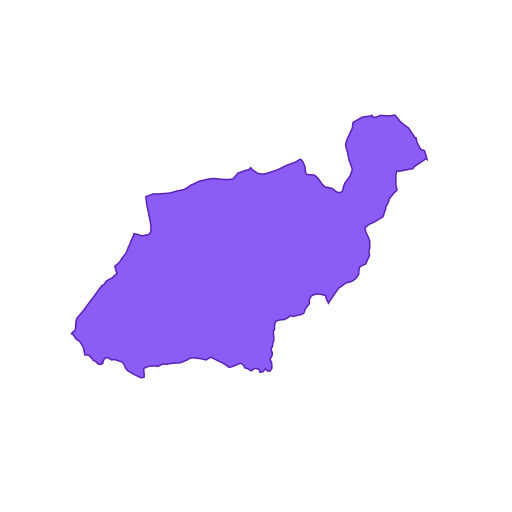 outline of Hulu Sungai Tengah, Kalimantan Selatan, Indonesia, rotated 330°
{"feature_id": "22746128B20472072190374", "entity_name": "Hulu Sungai Tengah", "entity_type": "district", "adm_level": 2, "iso_a3": "IDN", "parent_name": "Indonesia", "parent_adm1": "Kalimantan Selatan", "projection": "natural_earth1", "projection_center": [115.446, -2.611], "detail": "fine", "context": "isolated", "style": "filled", "palette": "violet", "viewbox_px": 512, "rotation_deg": 330, "n_neighbors": 0, "source": "geoboundaries", "source_scale": "gbopen_adm2", "svg_char_len": 5236}
<svg xmlns="http://www.w3.org/2000/svg" viewBox="0 0 512 512"><g transform="rotate(330 256 256)"><path d="M189.8,149.5L190.2,149.7L188.8,152.9L187.4,156.1L186.5,158.8L185.9,160.5L185.7,161.2L184.9,163.5L182.3,171.3L181.2,174.5L180.8,175.5L180.3,176.9L177.7,181.6L176.9,182.3L176.6,182.5L176.3,182.7L174.9,183.4L173.6,183.7L172.9,183.7L172.2,183.8L171.7,182.8L171.2,182.6L170.6,182.5L169.5,182.6L168.7,182.0L168.4,182.0L168.2,181.8L167.4,181.4L166.8,181.0L166.0,180.2L165.7,179.7L164.4,178.3L161.5,175.6L159.7,177.4L157.6,178.8L155.4,180.5L152.9,182.4L151.1,183.8L150.2,184.2L146.9,187.1L143.9,189.1L141.2,189.9L137.7,191.5L135.1,193.0L131.0,193.9L128.7,194.2L128.2,195.9L127.9,196.9L127.6,198.0L127.4,198.7L127.1,201.6L126.3,201.8L124.4,202.1L121.9,202.7L119.2,203.2L117.9,202.9L116.4,202.8L115.7,202.8L113.3,203.0L112.4,203.5L110.9,204.5L109.5,204.7L107.9,204.6L104.4,206.0L96.3,209.6L92.0,211.4L88.8,212.8L78.1,217.4L69.5,220.5L68.6,221.4L68.4,221.7L67.7,222.4L67.5,222.5L66.6,223.8L65.8,224.9L65.0,226.2L64.5,227.0L64.0,227.6L63.7,228.0L62.6,229.3L61.8,230.0L60.3,230.3L59.4,230.2L58.2,230.7L57.4,231.1L57.7,231.6L58.3,233.0L58.5,234.9L58.5,237.1L59.1,238.9L59.5,239.9L60.5,240.8L60.8,245.0L60.7,245.1L60.7,246.8L60.8,247.7L60.8,248.0L60.7,248.5L60.5,249.6L59.7,251.9L58.4,255.9L58.5,255.9L60.4,257.5L61.8,258.9L62.2,261.4L62.7,262.3L62.9,265.3L64.0,266.3L64.2,266.7L64.4,267.4L64.6,268.1L65.7,271.1L66.1,271.5L66.4,271.7L67.0,272.1L67.6,272.4L68.5,272.4L69.0,272.3L69.5,272.3L69.5,272.2L69.8,272.2L69.8,271.3L70.2,270.8L71.1,271.0L72.0,269.9L73.7,269.2L75.2,268.9L77.3,270.4L78.8,273.7L81.2,274.7L81.7,274.9L85.6,279.2L85.6,279.3L86.7,280.4L87.3,281.9L87.4,283.7L87.4,284.9L87.2,286.7L86.9,288.1L87.0,288.5L87.4,290.4L87.5,291.1L90.9,297.2L95.5,303.9L97.3,304.8L98.4,305.0L99.8,303.0L102.0,298.1L102.9,297.2L108.0,297.9L108.3,297.9L113.9,300.9L115.4,302.4L119.6,302.8L121.4,303.2L123.3,304.0L123.5,304.2L124.5,305.2L125.4,305.4L126.8,305.8L128.7,306.6L130.3,307.3L130.8,307.5L132.7,308.4L136.9,310.6L141.3,311.2L144.3,311.6L146.5,311.5L148.3,311.7L148.5,311.7L150.6,312.6L153.6,314.9L155.1,316.0L157.7,318.1L160.7,321.0L165.5,321.1L166.6,321.4L171.3,328.7L172.6,330.3L174.6,333.7L174.7,333.8L176.9,338.7L177.0,338.7L177.9,339.4L182.5,340.3L189.1,341.1L190.9,345.0L190.6,345.5L190.5,345.9L190.4,346.7L190.5,347.5L191.7,348.6L192.7,349.8L194.1,352.6L194.4,352.9L195.5,353.2L196.3,352.9L196.5,352.9L197.0,352.6L198.1,352.5L199.4,353.2L202.0,355.7L202.0,356.3L201.7,357.2L201.4,357.8L201.2,358.2L201.4,358.8L201.8,358.9L203.2,359.3L204.4,359.7L204.5,359.7L207.5,358.3L208.4,361.0L209.8,362.5L211.0,362.5L211.9,362.0L213.4,361.3L214.6,359.6L215.6,357.4L216.4,355.7L216.3,354.0L216.3,353.2L216.4,352.9L216.4,352.6L217.2,352.0L218.4,351.4L219.2,350.9L220.2,350.1L221.1,349.1L221.6,348.1L221.9,346.8L222.0,345.8L222.0,345.6L222.7,343.8L223.8,343.3L225.0,342.6L227.0,339.8L227.6,339.4L228.8,338.5L230.2,336.5L232.5,331.5L232.9,330.6L233.8,329.6L234.9,329.2L235.7,328.5L236.8,326.0L238.6,324.1L240.6,322.5L242.0,322.7L243.3,322.9L245.3,323.6L248.8,325.2L251.2,325.3L253.5,325.4L254.0,325.2L255.7,324.8L257.8,326.8L266.1,329.3L268.7,329.5L272.5,326.4L278.2,324.0L280.5,320.3L283.6,318.3L285.2,318.3L288.1,318.7L290.6,319.8L292.5,321.2L294.5,323.0L295.5,324.2L295.8,324.5L296.5,325.1L295.6,327.9L295.1,333.1L302.6,329.3L311.3,325.3L315.9,324.8L320.5,324.3L325.1,325.6L327.4,325.9L331.1,325.4L332.8,324.8L336.1,322.9L337.3,320.8L339.9,317.6L342.2,317.1L346.9,317.8L354.2,312.6L355.1,311.4L355.8,308.7L358.5,306.0L361.9,300.0L362.7,295.4L363.1,290.3L364.6,285.8L366.8,285.7L368.2,285.4L369.4,285.2L370.2,285.1L374.6,285.7L376.5,285.7L376.8,285.7L385.6,285.5L388.8,282.7L391.9,280.0L392.7,278.6L392.8,278.6L393.6,278.0L393.7,277.8L396.6,276.3L397.7,275.3L397.8,275.2L398.0,275.0L398.4,274.7L398.6,274.5L399.2,273.9L400.0,273.1L406.9,270.5L411.2,269.4L412.6,264.4L417.6,255.8L420.7,252.5L422.1,254.1L435.7,258.8L438.0,257.6L438.5,257.7L451.8,256.7L452.4,258.0L453.9,252.1L454.6,248.9L451.9,245.9L452.3,237.9L453.7,233.6L452.9,233.2L452.1,221.4L448.4,212.9L446.8,203.4L441.5,201.4L434.2,196.5L429.4,195.8L426.8,194.3L426.6,192.0L425.3,192.0L417.5,188.9L408.7,188.8L406.8,188.9L405.0,191.2L404.9,191.4L403.8,192.8L402.5,194.1L401.0,195.0L399.6,196.0L397.5,197.5L392.8,200.8L389.4,204.2L388.1,207.4L387.8,209.0L387.5,210.3L387.0,212.0L386.5,213.7L385.9,215.4L384.5,219.9L383.4,226.0L383.0,228.0L382.5,229.4L379.8,231.8L377.4,233.7L373.4,235.6L369.5,237.2L366.5,239.6L364.5,241.9L362.5,243.3L360.1,243.0L358.5,241.5L357.2,239.7L356.8,237.8L355.5,235.3L352.3,232.3L350.5,231.3L349.0,225.9L348.9,222.4L348.1,218.1L347.1,215.2L344.9,213.6L342.5,212.1L340.6,210.6L340.6,209.1L341.4,206.8L343.0,203.3L343.6,199.1L343.6,196.5L343.2,194.9L342.0,194.2L340.2,194.4L337.3,194.4L327.9,192.8L322.2,192.4L317.6,192.1L305.5,189.6L302.7,188.4L299.1,185.7L296.7,181.1L295.7,178.0L295.6,176.9L294.8,177.0L292.8,177.7L289.9,176.6L281.9,175.2L281.6,175.3L274.7,177.8L270.8,176.2L267.4,174.3L257.8,167.5L253.3,165.6L243.6,162.7L239.3,162.5L238.9,162.5L234.2,162.0L233.9,162.3L227.2,162.5L225.5,162.0L224.4,161.7L219.9,160.1L213.6,158.7L208.5,156.4L202.0,153.2L198.5,151.1L197.4,150.8L190.3,149.5L189.8,149.5Z" fill="#8b5cf6" stroke="#5b21b6" stroke-width="1.5"/></g></svg>